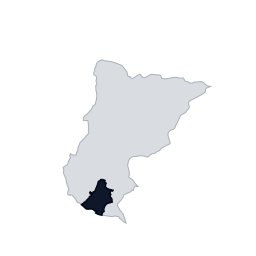 Mambéré-Kadéï on a map of Central African Republic (Natural Earth projection), rotated 318°
{"feature_id": "CAF-801", "entity_name": "Mambéré-Kadéï", "entity_type": "Prefecture", "adm_level": 1, "iso_a3": "CAF", "parent_name": "Central African Republic", "parent_adm1": "", "projection": "natural_earth1", "projection_center": [15.964, 4.523], "detail": "fine", "context": "in_parent", "style": "filled", "palette": "ink", "viewbox_px": 256, "rotation_deg": 318, "n_neighbors": 0, "source": "natural_earth", "source_scale": "10m", "svg_char_len": 6059}
<svg xmlns="http://www.w3.org/2000/svg" viewBox="0 0 256 256"><g transform="rotate(318 128 128)"><path d="M170.7,95.3L172.7,95.9L173.1,96.6L172.6,98.9L173.0,100.4L174.1,101.6L175.3,102.2L176.4,102.5L180.2,103.2L181.8,104.1L183.9,106.8L186.6,109.3L187.3,110.7L187.1,111.9L186.4,113.3L186.5,113.9L187.7,115.4L189.1,116.9L191.7,118.5L196.1,121.2L198.1,122.9L198.8,124.2L200.0,125.7L201.6,127.0L202.6,128.0L201.9,130.9L202.1,131.8L202.5,132.6L203.5,133.7L203.8,135.2L204.8,137.0L205.9,137.8L207.7,138.1L208.7,139.0L210.7,140.4L212.6,141.7L213.4,142.5L214.0,143.3L214.4,144.2L214.6,145.1L214.7,147.0L215.0,149.4L216.1,151.0L217.1,152.3L213.1,150.9L212.5,150.8L211.8,151.1L209.7,152.8L209.1,153.0L206.5,152.7L200.2,151.3L195.3,150.0L193.8,149.5L191.3,149.0L189.5,149.9L187.9,153.0L187.5,153.6L185.0,154.5L183.8,154.3L180.8,155.1L176.3,153.9L174.7,154.1L173.5,154.7L170.2,156.1L168.3,156.9L166.0,157.7L163.8,158.8L162.3,159.4L160.9,159.4L159.6,158.7L158.2,158.2L156.5,158.1L154.7,158.4L153.3,159.6L152.7,160.5L151.4,162.8L149.8,166.6L149.2,167.4L148.7,167.8L141.6,165.9L138.6,165.4L136.5,166.0L134.0,165.0L132.8,164.8L132.3,165.1L130.9,164.6L128.5,163.3L126.3,162.8L124.3,163.0L123.1,162.6L122.1,161.3L120.8,159.0L118.5,156.7L115.4,154.9L113.5,153.5L112.7,152.6L111.1,152.1L108.5,152.0L106.1,152.9L102.6,155.7L99.4,161.6L97.6,163.8L96.1,164.4L95.7,165.8L96.5,168.1L96.7,170.6L96.2,175.0L96.3,178.2L95.6,177.7L94.8,176.2L94.5,175.9L92.3,176.6L91.2,177.2L90.6,177.8L90.2,177.9L89.5,177.1L88.9,176.9L88.1,177.1L87.2,177.0L86.7,176.9L86.3,177.0L85.3,176.5L81.6,175.3L81.0,174.9L80.2,174.9L78.3,176.0L77.3,176.3L74.3,177.0L71.0,177.3L69.7,177.3L68.9,177.8L68.3,178.5L67.3,182.5L67.0,183.2L67.1,184.2L66.8,187.5L66.9,188.5L63.0,197.4L62.3,195.9L61.9,194.2L61.8,192.2L61.9,191.7L61.6,191.1L61.3,189.4L61.6,188.4L61.4,187.3L60.6,186.2L59.9,185.4L59.5,184.6L59.2,184.3L58.4,184.2L57.4,183.8L53.0,178.6L48.5,172.7L47.6,170.8L47.2,169.7L48.3,169.5L48.6,169.3L48.6,168.8L47.9,167.3L47.6,165.4L47.1,164.2L45.3,162.4L43.6,161.0L43.1,160.3L42.7,159.3L42.1,153.0L41.8,151.2L41.3,150.4L40.9,150.0L40.7,149.6L40.8,148.4L41.0,147.4L41.0,147.0L41.5,146.1L41.5,140.2L40.9,139.4L39.9,139.4L39.4,138.6L38.9,137.5L39.1,136.7L40.1,135.5L40.7,135.1L42.6,134.1L43.2,133.7L43.5,133.1L43.7,132.3L44.9,129.3L46.5,126.2L47.2,125.6L48.9,121.2L49.3,120.0L49.6,118.9L50.1,118.0L52.0,116.5L53.3,113.9L54.8,114.0L56.4,114.4L58.4,114.6L59.9,114.1L60.9,113.1L65.7,111.3L66.0,109.9L66.8,109.2L67.6,108.5L68.0,108.4L68.0,108.9L68.6,110.4L69.6,111.8L71.2,113.4L71.7,113.3L72.7,112.1L75.2,111.4L75.8,111.0L77.6,109.3L79.7,108.1L80.9,107.7L83.1,106.5L84.6,106.7L87.1,106.5L91.2,106.0L94.1,105.8L95.6,105.5L96.0,105.3L96.6,103.6L97.0,103.1L98.1,102.4L100.3,99.8L101.7,97.7L102.2,96.9L102.5,96.7L103.1,95.8L102.5,94.9L100.0,93.0L100.0,92.7L99.9,92.4L100.0,92.1L101.0,91.3L102.2,90.4L103.6,90.1L107.0,90.2L110.0,90.0L110.7,90.0L113.0,89.6L114.6,89.2L116.2,88.2L119.9,88.3L123.0,86.0L123.9,85.6L124.3,85.2L124.4,84.8L125.8,83.9L127.4,82.0L128.7,80.2L129.0,79.0L132.5,74.8L133.7,74.9L134.3,74.4L135.7,71.6L136.1,71.1L137.5,70.6L138.2,69.8L138.8,68.6L138.8,67.1L138.5,65.9L138.5,65.3L138.8,64.7L139.4,64.2L142.0,62.7L142.7,62.0L143.1,61.3L143.8,61.2L144.6,61.3L145.2,60.9L145.7,60.2L147.6,59.3L149.2,58.6L151.0,58.9L154.3,59.8L155.2,61.8L155.7,62.5L159.7,67.1L160.5,68.3L162.5,71.7L163.7,74.0L165.1,77.3L165.3,79.0L165.1,80.6L164.8,84.9L164.5,86.2L162.8,88.5L162.7,89.6L163.0,90.5L163.6,90.8L163.9,91.3L163.7,93.3L164.4,94.1L165.7,94.6L169.0,95.0L170.7,95.3Z" fill="#d9dde1" stroke="#a8b0b8" stroke-width="1"/><path d="M48.2,168.1L47.9,167.6L47.9,166.6L47.7,165.7L47.6,165.3L47.4,164.8L46.9,164.1L46.8,163.9L46.8,163.5L46.7,163.3L46.5,163.2L45.9,163.0L43.7,161.2L43.2,160.7L42.9,160.0L42.7,159.3L42.6,158.1L42.5,157.8L42.5,157.7L42.6,157.1L42.4,155.5L42.4,155.3L42.3,155.1L42.2,155.0L42.3,154.5L42.2,154.4L42.1,154.2L42.1,153.8L42.3,153.8L43.4,153.9L44.6,154.1L44.9,154.1L45.2,154.1L45.7,153.9L45.8,153.9L46.0,153.9L46.2,154.0L46.7,154.7L46.8,154.9L47.0,154.9L47.3,154.7L47.9,154.2L48.3,154.1L48.6,154.0L50.9,154.0L51.1,153.9L51.3,153.8L51.8,154.0L52.3,154.0L52.5,153.9L53.4,153.3L53.5,153.2L53.8,153.3L54.4,153.6L54.7,153.6L54.8,153.6L55.0,153.7L56.2,153.7L56.1,151.9L56.0,151.6L55.9,151.5L55.9,151.4L56.0,151.2L56.4,150.7L56.4,150.4L56.5,150.3L57.1,150.3L57.3,150.4L57.3,150.7L57.3,150.8L57.5,151.3L57.6,151.6L57.5,151.9L57.5,152.1L57.8,152.7L58.0,152.8L59.0,152.5L59.4,152.3L59.5,152.2L59.7,152.3L59.9,152.6L60.0,152.7L60.2,152.9L60.5,152.9L60.8,152.9L61.3,152.7L67.7,149.6L69.7,148.2L70.2,148.0L70.5,147.9L70.8,148.2L71.1,148.3L71.5,148.4L72.0,148.3L72.5,148.2L72.9,148.1L73.1,148.1L73.3,148.2L74.7,149.4L74.9,149.8L75.8,151.4L75.8,151.5L75.7,151.8L75.2,151.9L75.0,152.0L74.8,152.2L74.6,152.4L74.5,152.5L74.3,152.5L74.2,152.5L74.7,153.6L74.8,154.1L74.7,154.2L74.7,154.4L74.6,154.5L74.3,154.6L74.2,154.7L73.9,154.8L72.9,155.6L72.3,155.9L72.1,156.0L71.9,156.1L71.9,158.2L71.9,158.5L72.1,159.1L72.2,159.4L73.3,161.7L73.4,161.9L73.7,162.0L74.0,162.3L74.2,162.6L74.3,163.0L74.5,163.5L74.8,163.9L74.8,164.0L75.2,164.1L75.1,164.4L75.0,164.5L74.9,164.5L74.2,164.4L73.9,164.1L73.8,163.9L73.7,163.8L72.9,163.2L72.7,163.2L72.4,163.1L72.1,163.4L71.8,163.8L71.6,164.0L71.2,164.5L70.6,166.0L70.1,165.9L69.8,165.8L69.7,165.9L69.5,166.1L69.0,167.1L68.8,167.4L68.7,167.7L68.7,167.9L68.7,168.4L68.7,169.1L68.7,169.3L68.7,169.5L68.5,169.9L68.0,170.7L67.5,171.3L67.2,171.6L67.0,171.8L66.9,172.3L66.7,172.5L66.4,172.5L65.9,171.9L65.6,171.7L65.4,171.6L64.9,171.7L64.7,171.6L64.4,171.4L64.3,171.2L63.7,170.9L63.4,170.8L62.2,170.4L61.9,170.2L61.6,170.1L61.2,170.1L58.9,170.4L58.4,170.6L56.8,171.4L55.2,172.5L54.7,173.6L54.5,173.9L54.3,173.9L53.9,174.0L53.7,174.0L53.5,173.6L53.4,173.5L53.3,173.4L53.2,173.4L52.8,173.4L52.6,173.6L50.4,175.2L50.3,175.3L50.2,175.1L49.1,173.8L47.9,171.7L47.1,169.5L47.3,169.5L47.8,169.6L48.0,169.7L48.3,169.6L48.8,169.3L49.1,169.2L49.4,169.1L49.3,168.9L49.2,168.8L49.0,168.7L48.8,168.7L48.7,168.6L48.7,168.4L48.6,168.2L48.4,168.1L48.2,168.1Z" fill="#0f172a" stroke="#020617" stroke-width="1.5"/></g></svg>